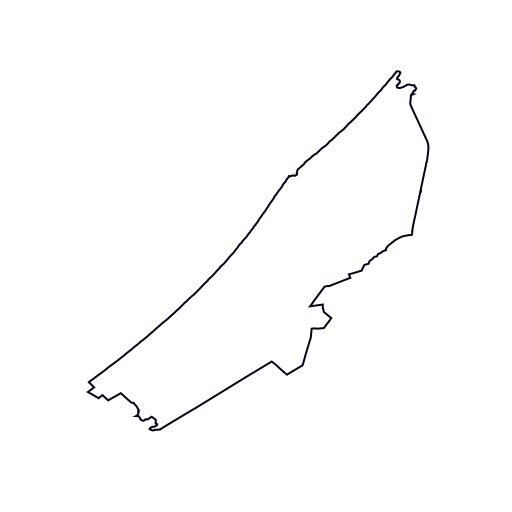 outline of Carnikavas pag., Carnikavas, Latvia, rotated 346°
{"feature_id": "27541924B94741323033452", "entity_name": "Carnikavas pag.", "entity_type": "district", "adm_level": 2, "iso_a3": "LVA", "parent_name": "Latvia", "parent_adm1": "Carnikavas", "projection": "equal_earth", "projection_center": [24.255, 57.126], "detail": "fine", "context": "isolated", "style": "outline", "palette": "ink", "viewbox_px": 512, "rotation_deg": 346, "n_neighbors": 0, "source": "geoboundaries", "source_scale": "gbopen_adm2", "svg_char_len": 6081}
<svg xmlns="http://www.w3.org/2000/svg" viewBox="0 0 512 512"><g transform="rotate(346 256 256)"><path d="M440.0,111.9L437.2,110.8L435.8,111.9L435.2,112.5L434.2,113.1L433.4,113.6L432.7,114.4L431.9,115.0L431.6,115.3L431.3,115.5L430.8,115.7L428.5,117.1L428.1,117.5L427.4,117.9L426.6,118.6L424.9,119.7L424.7,120.0L423.1,121.3L421.5,122.1L421.1,122.4L420.6,122.8L419.9,123.1L419.3,123.6L418.5,124.4L416.2,126.1L415.6,126.3L414.6,126.9L411.1,129.4L410.1,130.3L409.1,130.8L402.7,135.1L401.4,135.9L399.7,136.8L398.5,138.0L397.1,138.7L396.6,138.9L395.6,139.7L394.6,140.2L393.5,141.1L392.3,141.6L390.2,142.8L390.0,143.0L388.3,144.0L387.0,145.0L386.1,145.6L385.2,146.0L383.7,146.9L383.2,147.3L382.0,147.8L381.7,148.1L380.4,148.9L380.0,149.1L378.2,149.9L373.9,152.8L372.9,153.3L372.7,153.5L371.7,154.2L366.5,156.5L365.7,156.9L365.0,157.5L363.5,158.2L361.2,159.6L360.9,159.9L359.5,160.5L358.2,161.4L357.7,161.7L354.9,162.8L354.0,163.5L351.5,165.2L349.9,165.9L349.3,166.0L348.7,166.5L347.5,166.8L346.9,167.1L345.7,167.5L345.2,167.9L344.4,168.3L344.0,168.6L343.2,169.0L342.4,169.6L341.9,169.7L341.3,170.0L341.0,170.3L339.5,171.2L336.9,171.8L335.6,172.6L334.5,172.9L334.0,173.3L332.1,174.4L330.9,174.9L329.0,175.6L327.4,176.5L326.8,176.7L325.9,177.3L325.0,178.2L324.4,178.6L323.6,179.1L322.0,179.7L321.6,180.0L319.1,181.4L317.6,182.1L316.8,183.0L316.3,184.1L316.2,184.5L316.0,185.0L315.6,185.4L315.6,185.7L315.4,186.0L315.6,186.7L315.5,186.9L313.2,187.6L312.6,187.4L312.2,187.2L311.7,186.8L311.5,186.7L311.3,186.8L310.5,187.0L309.6,186.7L309.0,186.7L308.4,186.8L307.6,187.1L307.4,187.1L307.2,186.6L306.0,187.8L305.2,188.5L304.5,188.9L304.5,189.1L304.0,189.4L303.4,190.0L303.3,190.3L302.8,190.8L302.4,190.9L302.2,191.1L302.1,191.5L301.1,191.8L300.2,192.6L299.5,193.1L299.0,193.8L298.8,194.0L298.6,194.3L298.2,194.6L297.5,195.4L297.0,195.7L296.2,196.5L295.6,196.9L295.2,197.1L294.1,197.9L292.9,199.1L292.7,199.2L292.6,199.4L291.9,199.9L291.6,200.0L291.1,200.7L290.5,201.1L290.2,201.5L289.4,201.8L289.2,202.2L288.9,202.5L288.2,202.8L287.9,203.3L287.7,203.7L285.1,206.1L283.2,207.6L281.5,209.2L280.7,209.7L280.5,210.1L279.3,211.4L278.4,212.0L277.7,212.8L276.8,213.5L275.4,215.0L274.4,215.5L273.7,216.3L272.9,216.8L270.8,218.8L270.6,219.1L269.3,219.9L268.4,220.7L267.3,221.7L266.9,222.3L266.1,222.9L265.5,223.7L265.1,223.9L263.6,225.0L263.4,225.4L262.1,226.2L261.2,227.0L260.4,227.6L260.2,228.0L259.8,228.4L259.0,228.8L257.9,229.8L256.8,230.5L256.6,230.9L255.9,231.6L254.3,232.5L254.0,232.9L253.2,233.5L250.9,235.6L250.0,236.0L248.6,236.9L247.3,237.8L246.5,238.3L246.2,238.5L246.0,239.0L245.4,239.4L244.9,239.9L243.4,240.5L243.1,240.7L242.3,241.5L241.6,241.8L241.2,242.4L240.3,243.1L240.2,243.3L239.3,244.1L238.8,244.3L234.7,247.6L233.9,248.1L233.3,248.4L230.2,250.4L229.3,250.9L228.8,251.6L228.3,252.0L226.8,252.9L225.8,253.7L225.1,254.0L224.3,254.8L222.8,255.8L220.9,256.7L219.9,257.3L218.9,257.8L218.7,258.1L217.9,258.7L217.1,259.1L216.5,259.7L215.1,260.5L212.0,262.6L211.3,263.2L208.9,264.6L203.9,267.4L203.1,268.3L201.8,268.9L199.2,270.5L198.8,270.8L198.1,271.1L193.2,274.3L191.4,275.3L190.4,276.1L189.7,276.5L187.3,277.8L185.9,278.7L184.5,279.2L181.6,280.8L178.7,282.5L178.4,282.7L175.6,284.1L168.4,288.5L166.6,289.3L163.4,291.2L153.6,296.4L149.7,298.1L144.8,300.7L143.6,301.2L139.0,303.6L137.9,304.3L137.3,304.5L136.9,304.8L136.0,305.1L131.6,307.5L126.3,310.0L124.7,310.6L119.0,313.5L116.3,314.6L113.6,316.0L106.2,319.4L105.4,319.9L101.4,321.7L100.2,322.2L98.5,323.0L96.6,323.9L93.3,325.2L90.9,326.3L89.7,326.7L85.3,328.6L79.4,331.3L76.6,332.4L74.4,333.3L72.4,334.2L70.1,335.1L67.9,336.1L64.9,337.2L63.3,338.0L65.1,340.9L67.1,344.3L60.0,347.3L61.3,348.6L64.8,351.9L65.5,352.6L68.9,355.9L73.3,353.8L77.6,360.3L91.6,356.4L99.6,368.2L101.9,369.0L101.9,369.7L102.1,370.0L102.5,370.8L103.8,373.1L105.0,377.8L104.0,378.2L104.3,379.3L103.2,380.9L101.7,382.1L100.9,382.3L103.4,383.0L104.2,385.1L104.4,386.7L105.7,388.1L107.1,388.7L107.6,388.4L108.5,388.2L109.3,387.7L111.1,388.4L115.8,386.7L117.0,388.0L118.4,389.7L119.1,390.9L118.1,394.2L118.9,394.6L119.4,395.3L118.9,396.2L116.2,397.1L114.2,396.7L112.1,397.1L110.9,398.1L111.4,398.7L113.3,400.2L117.9,400.6L121.3,401.2L122.1,400.7L125.7,399.5L144.5,393.7L165.4,387.4L200.4,376.3L214.2,371.9L245.7,362.2L247.4,364.3L247.7,364.9L248.7,366.0L250.8,369.1L251.1,369.7L253.0,372.5L257.3,378.6L274.6,373.4L275.9,371.5L279.9,364.3L289.0,349.1L289.3,348.7L292.4,340.0L294.4,340.2L298.7,341.5L299.7,341.7L302.9,342.1L304.3,342.4L312.3,336.0L314.0,334.5L311.0,330.3L308.3,326.8L308.3,325.6L308.5,324.3L308.2,322.5L308.5,321.5L309.1,319.3L296.4,317.9L299.5,315.3L300.5,314.3L314.9,302.5L315.3,302.3L318.7,302.5L319.6,302.9L335.7,300.8L342.2,300.0L341.8,296.2L345.0,296.2L351.0,296.0L352.6,295.8L354.9,295.8L358.9,290.9L363.5,290.7L364.2,289.6L364.9,288.4L368.1,287.1L370.5,285.5L373.2,285.6L375.0,283.5L376.7,283.5L380.3,282.1L383.4,281.8L383.2,281.3L383.7,280.7L384.7,279.5L386.2,278.4L386.9,277.9L388.4,277.2L394.7,274.3L398.7,273.2L402.9,272.4L404.4,272.4L410.2,272.8L412.4,273.2L413.9,269.3L413.7,269.2L415.0,266.3L415.6,264.9L431.0,233.4L431.5,233.6L431.8,232.9L431.2,232.9L442.7,209.3L443.7,206.9L444.3,206.2L445.4,203.8L447.0,199.8L448.5,195.8L449.4,193.1L449.8,191.2L449.9,190.2L450.0,188.3L450.0,187.3L449.8,185.4L442.8,148.7L442.8,148.3L442.6,147.1L442.5,146.1L442.5,145.3L445.5,137.1L447.6,137.2L448.0,137.1L446.6,136.5L448.0,134.9L448.9,134.3L449.2,133.9L450.1,134.1L450.4,133.8L451.3,132.9L451.9,132.5L452.0,132.2L451.9,131.7L451.7,130.9L451.0,130.3L450.9,130.1L451.0,128.6L450.4,128.6L448.4,128.0L448.4,127.9L447.6,127.5L446.6,126.9L446.3,126.8L444.5,126.4L444.2,126.4L440.0,127.6L437.1,127.8L435.9,127.7L434.9,127.4L434.3,127.1L433.8,126.6L433.7,126.3L433.7,125.3L433.9,125.0L434.7,124.4L434.4,124.3L434.9,123.9L436.5,123.1L436.8,122.7L437.0,122.7L437.5,122.3L437.7,122.1L437.7,121.8L437.9,120.9L437.9,120.6L437.8,120.3L437.5,119.9L437.0,119.4L435.9,118.8L435.7,118.6L435.7,118.2L435.8,117.8L436.7,116.8L438.3,115.7L439.1,114.6L440.1,113.8L440.3,113.4L440.4,113.1L440.2,112.3L440.0,111.9Z" fill="none" stroke="#020617" stroke-width="2"/></g></svg>